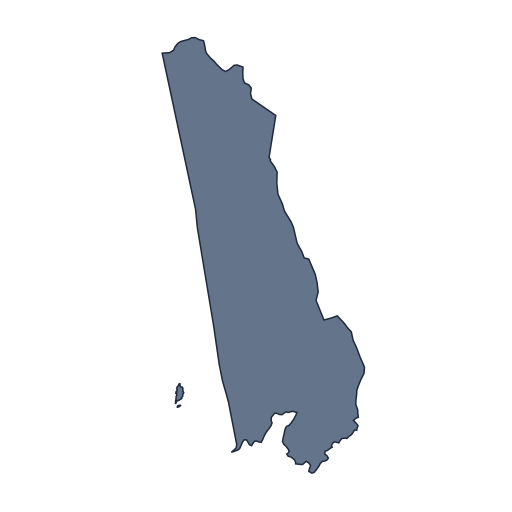 outline of Marang, Terengganu, Malaysia, rotated 194°
{"feature_id": "92858781B50781472629025", "entity_name": "Marang", "entity_type": "district", "adm_level": 2, "iso_a3": "MYS", "parent_name": "Malaysia", "parent_adm1": "Terengganu", "projection": "natural_earth1", "projection_center": [103.214, 5.06], "detail": "fine", "context": "isolated", "style": "filled", "palette": "slate", "viewbox_px": 512, "rotation_deg": 194, "n_neighbors": 0, "source": "geoboundaries", "source_scale": "gbopen_adm2", "svg_char_len": 3987}
<svg xmlns="http://www.w3.org/2000/svg" viewBox="0 0 512 512"><g transform="rotate(194 256 256)"><path d="M265.1,352.8L267.2,355.0L270.8,397.1L297.9,407.3L300.6,412.2L301.2,417.8L304.3,420.3L309.2,421.3L311.6,425.2L313.1,430.4L314.3,436.1L320.4,436.8L323.4,435.7L327.4,430.1L330.4,427.6L334.1,428.7L340.2,432.2L344.1,435.0L348.1,437.1L352.9,440.6L354.7,443.1L357.2,449.0L359.0,452.2L363.3,452.2L368.1,453.2L371.2,452.2L374.5,449.4L377.2,448.0L380.9,445.9L383.3,443.4L385.1,439.6L385.8,435.7L388.8,432.5L396.1,430.1L325.9,286.6L319.8,269.4L280.3,178.2L265.5,142.0L258.1,126.3L254.6,120.3L251.7,115.3L247.2,107.2L229.1,68.4L228.9,64.8L232.4,59.6L226.8,63.2L225.2,65.3L224.6,69.1L224.1,71.8L223.3,74.5L220.8,75.4L216.7,71.3L214.3,70.9L213.9,72.9L212.6,76.0L210.3,76.7L208.7,76.3L205.8,76.5L205.2,79.2L204.6,82.8L204.0,85.5L202.9,88.8L201.5,92.0L200.3,95.3L200.1,98.0L201.5,100.0L202.1,103.2L200.7,106.1L199.9,107.9L197.8,108.4L194.9,107.9L192.2,108.4L190.6,110.6L188.9,112.2L187.1,111.9L185.0,113.1L182.8,114.2L178.4,114.0L178.9,110.6L179.9,106.8L181.5,102.5L183.2,99.4L185.2,98.0L185.9,95.3L185.7,89.9L185.7,86.6L185.4,82.5L183.6,80.1L180.7,78.5L178.2,76.5L176.6,74.5L177.0,72.7L178.2,71.3L176.4,69.5L174.1,69.5L172.1,68.9L169.0,67.3L167.7,65.5L167.3,63.9L161.8,64.6L160.3,65.0L157.7,68.9L154.8,68.0L152.3,65.9L152.7,62.3L152.7,59.9L149.4,58.8L147.4,59.9L145.9,62.8L144.3,66.6L143.5,70.0L142.0,72.7L139.4,73.8L137.7,75.4L136.9,77.4L138.9,79.4L141.4,80.5L141.6,83.4L139.6,84.6L137.7,87.0L136.3,88.6L135.8,88.8L137.1,90.6L136.1,93.3L134.8,94.7L130.5,94.7L129.9,96.9L128.6,99.6L125.4,100.9L123.7,100.9L122.3,103.2L120.0,106.1L118.2,111.0L116.1,111.3L116.3,112.8L115.9,116.0L118.0,117.8L121.7,120.0L119.8,122.7L117.7,124.3L119.2,128.1L120.2,131.5L121.5,133.5L123.3,136.2L124.1,140.0L124.9,146.3L125.7,150.1L125.2,155.6L124.3,161.7L122.8,168.2L123.8,174.3L126.2,177.5L130.9,183.6L136.1,191.2L141.4,197.8L145.2,205.5L149.4,208.2L154.2,212.1L162.7,217.6L167.5,214.3L174.6,210.4L187.0,227.4L187.0,236.2L190.3,245.0L194.1,252.6L204.1,265.8L208.8,265.8L212.6,271.3L219.2,278.4L226.8,293.2L230.2,297.6L239.2,306.4L243.0,312.9L249.6,321.2L253.4,331.6L255.8,342.5L260.1,347.5L265.3,351.8L265.1,352.8ZM299.8,103.8L299.8,103.6L299.7,103.2L299.5,102.6L299.3,102.3L299.2,101.9L299.1,101.4L299.5,100.8L299.5,100.5L299.5,100.1L299.3,99.7L299.2,99.3L299.3,99.0L299.2,98.4L299.1,97.9L299.0,97.6L298.9,97.3L299.0,97.1L299.0,96.7L298.9,96.5L298.9,96.1L299.0,95.8L298.9,95.4L298.7,95.3L298.6,94.9L298.6,93.9L298.5,93.5L298.1,93.6L298.0,95.1L297.8,95.5L297.7,95.9L297.4,96.3L297.1,96.6L296.7,96.8L296.4,97.0L296.0,97.3L295.6,97.6L295.2,98.2L294.9,98.4L294.5,98.8L294.0,99.3L293.6,99.7L293.5,99.9L293.7,100.1L293.9,100.1L293.9,100.5L293.9,100.8L293.7,101.2L293.5,101.6L293.2,102.0L293.2,102.3L293.4,102.6L293.3,103.1L293.3,103.4L293.4,103.8L293.5,104.0L293.4,104.7L293.2,105.0L293.1,105.3L293.1,105.8L293.1,106.1L293.4,106.4L293.7,106.6L294.0,107.0L294.3,107.7L294.6,108.3L294.7,108.9L294.9,109.2L294.9,109.5L294.9,110.0L295.1,110.3L296.0,110.9L296.8,110.8L297.3,110.9L297.5,111.0L298.0,111.4L298.1,111.7L298.3,112.1L298.4,112.3L298.7,112.6L298.8,112.8L298.8,113.4L298.9,113.7L299.5,113.5L299.8,113.0L299.9,112.7L299.9,112.2L299.9,111.6L299.9,111.2L300.4,110.7L300.6,110.5L300.8,110.0L300.7,109.6L300.8,109.2L301.0,108.6L300.8,108.4L300.5,107.9L300.3,107.5L300.4,107.0L300.2,106.6L300.2,105.8L300.4,105.5L300.7,105.3L300.8,104.9L300.6,103.7L300.3,104.0L300.0,104.1L299.8,103.8ZM296.0,90.8L296.0,90.7L295.9,90.4L295.7,90.2L295.5,90.3L295.5,90.5L295.4,90.6L295.3,90.8L295.2,90.8L294.7,90.8L294.4,90.9L294.3,91.1L294.2,91.2L294.2,91.3L294.1,91.5L294.1,91.8L294.0,92.0L293.8,92.3L293.7,92.3L293.5,92.2L293.4,92.2L293.2,92.2L293.0,92.3L292.9,92.5L293.2,92.8L293.3,92.7L293.5,92.6L294.1,92.6L294.3,92.7L294.5,92.7L294.6,92.4L294.5,92.2L294.6,91.9L294.8,91.8L295.0,91.8L295.3,91.9L295.5,91.8L295.7,91.7L295.7,91.4L295.6,91.2L295.7,90.9L295.9,90.9L296.0,90.8Z" fill="#64748b" stroke="#1e293b" stroke-width="1.5"/></g></svg>